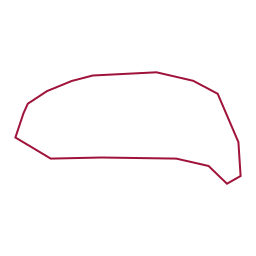 outline of Kingston
{"feature_id": "JAM-1377", "entity_name": "Kingston", "entity_type": "Parish", "adm_level": 1, "iso_a3": "JAM", "parent_name": "Jamaica", "parent_adm1": "", "projection": "orthographic", "projection_center": [-76.762, 17.975], "detail": "fine", "context": "isolated", "style": "outline", "palette": "rose", "viewbox_px": 256, "rotation_deg": 0, "n_neighbors": 0, "source": "natural_earth", "source_scale": "10m", "svg_char_len": 330}
<svg xmlns="http://www.w3.org/2000/svg" viewBox="0 0 256 256"><path d="M227.0,183.7L221.1,178.1L208.6,166.0L176.2,158.6L101.5,157.5L50.7,158.6L15.4,137.5L23.5,113.2L27.8,103.7L47.0,91.1L71.6,81.0L92.7,75.5L156.5,72.3L193.2,80.8L217.7,93.8L238.4,142.1L240.6,176.0L227.0,183.7Z" fill="none" stroke="#9f1239" stroke-width="2"/></svg>